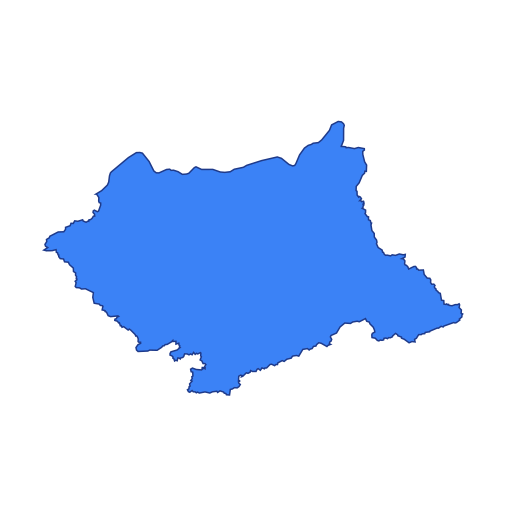 Thayarwady, Bago, Myanmar, rotated 96°
{"feature_id": "60261553B84336516867138", "entity_name": "Thayarwady", "entity_type": "district", "adm_level": 2, "iso_a3": "MMR", "parent_name": "Myanmar", "parent_adm1": "Bago", "projection": "orthographic", "projection_center": [95.818, 18.129], "detail": "fine", "context": "isolated", "style": "filled", "palette": "blue", "viewbox_px": 512, "rotation_deg": 96, "n_neighbors": 0, "source": "geoboundaries", "source_scale": "gbopen_adm2", "svg_char_len": 6093}
<svg xmlns="http://www.w3.org/2000/svg" viewBox="0 0 512 512"><g transform="rotate(96 256 256)"><path d="M257.9,463.1L259.5,463.5L261.5,466.1L263.5,465.6L266.5,467.1L268.2,466.4L269.4,464.0L272.3,467.6L272.7,465.0L272.0,459.3L270.6,455.5L273.3,454.9L273.5,453.7L275.5,453.0L275.6,452.3L277.3,452.1L279.1,450.4L279.1,447.1L281.8,445.8L281.8,442.0L284.2,440.5L287.1,436.4L290.5,435.9L291.7,433.6L293.9,433.5L295.3,432.3L297.4,432.4L297.6,431.7L298.6,431.7L300.0,433.2L301.4,432.1L305.2,432.6L306.2,431.4L306.1,428.2L307.1,426.1L306.4,422.2L309.4,413.9L314.2,414.0L319.9,412.0L320.2,406.9L321.4,405.7L321.5,403.5L322.0,403.0L325.7,403.4L326.1,400.4L327.0,400.3L327.5,398.8L330.8,396.8L331.5,394.2L330.0,387.1L330.4,386.3L331.4,387.8L332.9,388.3L333.6,389.7L334.8,389.7L335.4,386.9L336.9,385.7L336.6,384.9L339.6,383.6L339.3,382.7L340.9,381.8L340.1,380.2L343.0,375.4L341.9,374.4L342.8,372.8L346.7,368.0L348.2,367.2L347.9,366.4L348.5,365.7L350.6,364.5L353.5,364.3L354.0,363.6L353.8,361.8L354.9,361.6L356.5,364.1L359.6,365.8L362.0,365.0L363.3,363.3L361.8,353.6L360.7,351.9L360.1,344.5L356.6,340.2L355.3,339.5L354.8,337.8L353.6,337.1L353.2,335.1L350.4,331.3L348.7,329.9L349.7,329.7L349.2,326.7L352.0,326.4L350.8,323.7L352.6,323.3L353.3,322.4L354.8,322.7L355.0,322.0L357.7,324.6L360.2,330.6L362.0,331.3L363.6,331.1L364.0,329.4L365.1,328.0L366.3,328.0L366.7,327.0L368.9,326.0L368.1,325.0L368.4,323.4L365.6,323.1L365.6,321.7L366.3,320.6L365.4,320.4L364.5,318.2L363.5,317.4L360.8,316.8L360.6,314.2L361.3,312.3L360.2,310.8L360.9,309.2L358.4,308.0L360.2,306.2L359.0,305.0L359.5,303.7L357.9,301.2L358.3,300.7L361.1,300.6L361.9,299.8L365.2,300.7L366.0,298.9L368.5,297.4L368.3,295.6L369.2,294.5L371.5,295.6L372.2,294.9L373.5,294.9L372.5,296.6L372.5,297.8L373.2,297.9L373.5,296.8L375.0,298.3L375.1,303.7L374.1,307.5L375.4,309.2L377.9,308.4L378.1,306.8L381.9,306.2L382.8,307.2L384.5,306.6L386.6,307.8L387.1,306.5L390.2,308.7L392.2,307.9L392.8,308.8L395.2,308.9L396.2,310.2L398.0,309.0L398.4,307.6L396.5,305.5L397.6,304.2L397.5,302.2L398.3,301.1L397.5,300.0L398.2,298.0L396.5,292.5L397.1,287.6L395.6,285.1L394.6,280.8L395.7,279.9L393.9,277.7L394.7,274.0L395.7,273.3L395.9,271.6L397.1,270.9L397.0,267.8L391.4,267.6L390.7,265.6L389.2,263.7L389.1,260.9L387.6,259.2L385.4,258.2L384.3,259.8L382.9,260.3L382.3,259.2L381.7,259.3L381.5,260.4L377.4,260.6L376.1,258.9L376.3,257.5L377.6,257.8L376.9,256.5L373.2,253.4L373.5,251.7L372.2,249.7L370.5,249.4L371.2,247.5L370.8,243.9L368.6,243.1L367.8,242.1L369.2,239.7L366.7,238.4L367.3,235.8L366.5,235.5L366.2,233.7L362.4,230.7L362.0,229.2L363.1,226.0L361.8,224.9L361.7,223.3L360.0,223.1L357.3,219.0L357.9,217.0L355.4,214.5L353.9,210.3L351.9,209.3L351.4,208.2L350.7,205.2L351.1,203.0L344.0,199.7L342.7,195.2L343.9,193.3L343.0,192.5L342.2,190.5L339.9,189.4L339.3,187.0L337.8,186.5L335.7,184.5L336.0,182.0L338.6,176.0L337.4,175.1L336.1,172.6L335.7,173.9L334.3,173.7L333.3,173.3L332.9,172.5L331.0,172.0L328.7,173.6L327.2,173.1L324.2,167.9L317.8,165.0L313.4,160.7L313.2,155.0L311.5,152.9L310.3,148.6L310.6,146.4L306.8,140.6L309.3,139.1L309.9,136.4L311.6,135.6L314.6,131.9L317.4,130.4L319.2,129.9L320.8,132.2L322.3,132.6L325.0,132.1L325.3,128.8L327.3,126.5L327.6,124.9L326.6,123.7L326.7,121.9L326.1,120.3L324.5,120.1L324.0,118.2L324.5,116.6L323.3,115.5L323.3,113.9L322.1,111.9L321.1,111.7L318.4,109.1L319.6,106.9L320.5,106.6L321.4,102.9L322.5,102.7L323.3,99.9L326.3,94.7L324.8,92.0L324.8,88.8L322.3,89.6L321.1,87.9L317.2,86.0L316.9,83.4L316.0,82.5L315.6,80.1L314.3,79.7L313.2,75.4L312.5,75.1L308.8,68.4L308.6,66.8L306.6,64.6L307.0,62.4L306.0,61.8L301.5,52.4L301.8,51.1L301.3,49.8L298.4,46.6L297.5,47.2L295.1,44.9L293.0,45.0L292.1,44.4L291.5,46.0L288.2,46.1L286.1,48.6L283.3,48.4L282.3,49.0L283.3,50.5L283.5,52.7L285.0,55.9L284.9,58.9L284.0,59.4L284.4,60.4L283.7,61.3L284.3,62.0L284.2,64.0L280.7,64.6L280.6,66.9L273.9,68.8L273.3,70.8L272.3,71.4L271.2,73.3L269.9,73.6L268.9,75.1L267.7,75.4L266.6,74.9L265.4,76.2L265.7,78.2L264.9,79.0L264.1,79.6L261.5,79.7L260.0,80.8L260.1,83.4L256.8,86.8L252.4,88.1L253.1,92.7L252.0,93.9L252.1,94.9L250.7,95.2L249.7,96.3L249.9,97.8L253.0,102.8L250.8,103.9L249.5,105.5L249.3,106.7L248.3,107.4L245.3,107.4L243.5,109.1L243.4,110.7L241.5,107.7L238.8,107.7L239.4,109.7L239.0,113.7L240.8,117.3L240.6,120.7L241.8,122.1L241.4,125.8L241.8,127.1L240.9,128.6L239.1,129.6L239.0,130.5L236.9,131.2L234.8,135.4L231.2,137.5L229.7,137.1L227.5,137.8L224.8,140.3L221.2,140.8L218.6,143.4L213.1,144.9L211.2,144.5L211.1,145.2L208.8,146.0L208.2,147.9L205.3,148.2L205.2,149.4L202.4,152.0L201.4,151.6L198.9,151.8L197.4,155.4L196.8,154.7L195.0,154.7L194.4,154.2L192.7,154.1L193.0,154.8L191.1,154.4L190.3,154.8L190.9,156.8L189.8,157.6L190.0,158.5L188.1,157.1L186.5,158.3L186.0,159.7L186.7,160.1L184.8,161.8L181.1,162.3L180.5,163.3L176.3,163.6L172.5,161.1L164.7,158.7L162.3,156.7L160.3,156.6L160.3,155.1L154.0,155.5L151.0,157.8L143.8,160.4L140.8,160.8L139.3,159.3L137.9,159.5L137.4,165.6L138.9,169.3L138.4,175.4L138.9,177.7L138.1,178.1L138.0,179.6L138.2,183.4L137.9,182.6L131.8,181.0L119.9,182.2L116.8,181.9L115.3,182.8L113.7,185.0L113.6,188.3L117.7,194.5L123.4,196.1L133.7,202.8L136.7,205.8L137.9,211.0L139.3,212.7L140.5,215.6L143.6,219.1L150.8,223.2L160.0,226.0L161.9,227.0L162.6,228.9L161.5,232.8L156.2,240.9L155.3,245.2L160.5,260.3L166.8,274.7L169.1,277.8L172.0,286.7L174.9,290.4L176.1,295.8L176.2,300.3L174.4,308.0L175.6,319.2L173.6,325.0L174.6,326.6L180.8,331.5L181.8,333.8L182.5,337.8L180.3,342.3L179.3,346.9L179.7,349.4L178.7,350.9L179.3,354.0L183.5,361.2L183.7,363.9L182.1,366.5L173.2,372.2L165.6,379.7L165.2,382.3L165.7,385.8L171.5,393.2L187.4,408.6L188.7,409.5L191.7,410.1L197.8,410.2L201.0,411.2L207.1,416.3L211.2,421.7L211.2,420.9L214.3,418.4L217.8,418.2L219.3,417.5L219.6,416.0L221.7,415.8L227.8,417.3L228.5,418.4L227.3,421.6L228.2,422.6L229.8,422.6L231.2,421.0L233.2,420.6L233.4,421.9L235.8,423.0L237.1,424.4L237.5,425.9L238.9,426.0L238.7,426.5L240.2,428.5L239.3,431.5L238.1,432.2L240.1,436.8L240.0,440.0L242.7,441.1L242.8,443.4L245.3,444.0L247.4,448.4L249.4,448.2L252.0,449.7L252.8,455.3L257.9,463.1Z" fill="#3b82f6" stroke="#1e3a8a" stroke-width="1.5"/></g></svg>